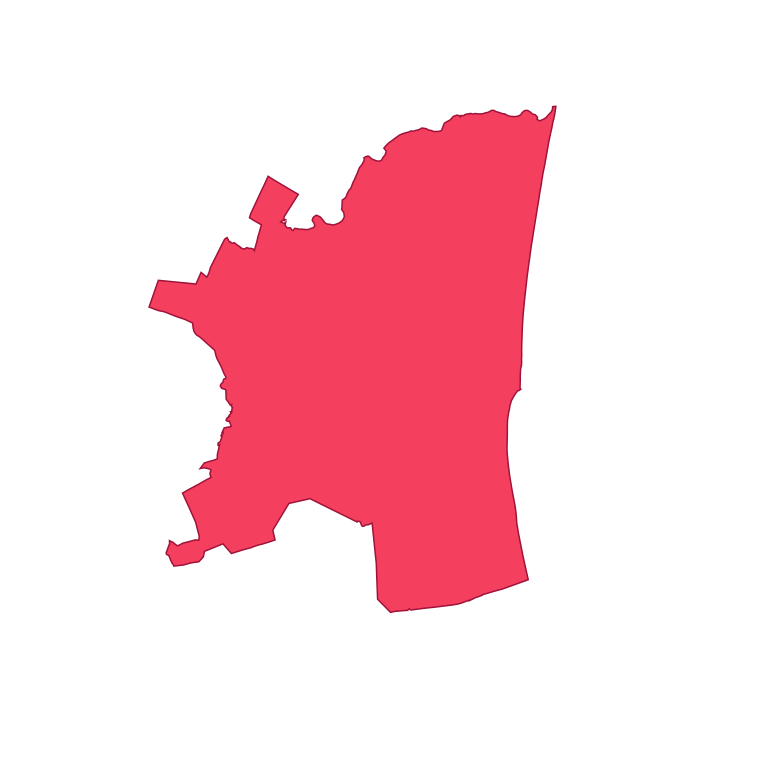 outline of Santiago Pinotepa Nacional, Oaxaca, Mexico, rotated 247°
{"feature_id": "50627088B36163788288008", "entity_name": "Santiago Pinotepa Nacional", "entity_type": "district", "adm_level": 2, "iso_a3": "MEX", "parent_name": "Mexico", "parent_adm1": "Oaxaca", "projection": "natural_earth1", "projection_center": [-98.073, 16.296], "detail": "fine", "context": "isolated", "style": "filled", "palette": "rose", "viewbox_px": 768, "rotation_deg": 247, "n_neighbors": 0, "source": "geoboundaries", "source_scale": "gbopen_adm2", "svg_char_len": 6123}
<svg xmlns="http://www.w3.org/2000/svg" viewBox="0 0 768 768"><g transform="rotate(247 384 384)"><path d="M171.2,300.8L170.6,304.4L170.6,304.6L167.9,313.1L166.4,317.2L167.2,319.4L166.1,319.9L165.4,320.6L161.9,333.2L158.5,344.4L154.0,360.2L152.7,365.5L152.1,369.5L151.8,377.4L151.2,377.4L151.5,383.2L151.7,383.3L151.1,391.3L151.6,391.5L150.7,399.9L149.7,408.0L149.0,412.7L147.5,440.3L171.3,444.7L193.0,449.2L204.2,451.9L212.0,454.6L219.3,456.7L237.9,460.8L250.7,463.9L261.3,466.9L272.0,470.3L276.3,471.9L287.8,477.1L300.0,482.4L303.1,483.9L309.1,487.6L311.9,489.7L314.8,491.4L318.9,494.8L322.9,499.9L323.7,501.2L324.7,503.0L325.7,504.1L325.2,505.6L325.3,505.7L325.7,507.7L325.6,507.9L325.7,508.0L326.8,507.6L328.4,508.2L334.6,511.1L337.5,512.3L342.2,514.5L344.7,515.8L347.4,517.8L350.2,519.2L353.4,520.4L357.0,522.2L360.2,523.4L367.8,526.8L383.4,534.1L393.5,539.2L406.8,546.4L427.1,557.8L438.3,564.4L443.0,567.3L445.5,568.7L454.8,574.3L486.5,594.2L492.1,597.8L500.1,602.7L506.6,607.0L509.3,608.5L515.9,612.7L522.8,617.5L541.7,629.8L548.7,634.6L554.1,638.5L558.7,641.5L560.3,642.7L561.3,643.6L562.8,644.5L564.9,646.1L567.4,647.7L572.4,650.7L572.7,650.1L573.4,647.6L570.9,646.3L569.1,644.2L567.0,639.4L565.8,636.9L565.8,636.2L565.4,635.0L565.5,633.1L565.3,631.6L565.7,629.7L567.9,628.3L569.3,629.4L570.3,629.4L572.8,628.4L572.9,628.2L574.2,626.5L575.4,625.7L576.8,625.1L578.1,624.4L579.7,623.1L580.5,621.3L580.7,620.0L580.2,618.2L579.4,616.5L578.8,615.7L578.3,614.4L578.3,611.3L579.2,608.4L580.6,605.7L581.2,604.8L581.9,603.6L582.8,602.9L585.0,600.8L585.3,600.9L586.6,598.6L588.8,596.3L591.0,593.5L592.9,592.1L593.8,590.2L593.9,589.6L593.5,587.8L593.5,585.1L593.9,584.0L594.2,580.6L594.6,579.3L595.9,576.0L597.4,573.6L597.7,571.2L599.3,569.4L599.4,568.7L599.3,568.4L599.6,567.8L599.5,567.5L599.9,566.7L600.2,565.7L600.0,565.4L600.4,563.7L600.3,563.4L600.1,563.1L600.0,562.6L600.2,562.2L600.1,561.7L600.7,560.5L600.5,560.0L600.9,559.3L601.1,559.2L600.2,558.5L601.4,558.1L602.8,556.7L603.1,555.6L603.2,552.3L601.3,548.3L600.7,542.4L600.2,541.1L594.8,535.9L594.9,534.6L595.4,532.5L596.2,530.3L597.2,528.2L599.3,526.1L599.7,525.2L600.5,524.0L601.6,523.4L602.9,522.1L604.5,519.5L604.9,518.3L604.6,517.5L604.5,515.0L604.8,514.0L604.7,513.5L605.0,512.5L605.4,509.2L606.2,508.0L606.3,508.0L606.4,506.8L606.3,505.8L606.5,503.8L606.7,502.9L607.1,499.2L607.1,495.2L606.8,494.4L606.1,491.1L605.9,490.2L605.0,486.7L604.2,482.9L602.4,478.4L601.1,476.0L598.3,476.9L596.8,476.7L595.8,475.6L594.8,475.0L592.8,471.4L591.4,469.8L590.9,468.5L590.9,467.3L591.6,465.4L592.7,463.8L594.9,461.8L595.2,461.1L599.6,459.0L600.2,457.6L599.9,457.5L600.3,456.6L600.3,455.6L600.0,453.9L599.8,454.0L598.0,453.3L596.9,452.3L595.7,450.7L595.0,450.3L594.6,449.2L593.6,447.8L593.3,446.9L592.7,445.9L591.0,444.3L590.1,443.2L589.2,442.6L586.9,440.0L583.8,436.8L581.6,434.2L577.1,429.9L576.3,427.8L573.5,424.4L571.3,422.4L570.3,420.7L569.6,417.4L562.6,414.1L561.5,413.2L557.1,413.9L553.4,412.8L551.4,410.5L550.5,408.9L549.7,405.4L550.0,400.1L551.0,398.1L551.6,397.3L552.0,396.9L552.8,395.3L553.2,394.9L553.4,394.2L554.7,393.1L556.3,392.4L557.3,392.3L558.5,391.9L559.0,391.8L563.0,390.4L565.0,388.5L565.8,387.5L565.4,385.0L564.6,383.4L563.4,382.6L562.9,381.9L559.0,382.4L557.1,382.2L556.2,381.7L555.6,380.0L555.5,379.1L555.6,378.3L555.9,377.3L555.7,376.1L555.7,375.4L555.9,374.4L556.6,372.9L556.7,372.3L557.1,371.8L557.7,370.3L558.6,369.2L559.0,367.6L562.2,362.6L560.9,360.3L561.2,359.4L564.2,359.0L565.6,356.0L566.9,355.3L569.4,355.2L571.3,356.7L570.7,354.8L572.6,353.3L573.4,352.2L574.0,353.8L574.3,355.2L573.2,356.2L573.8,357.5L574.6,356.3L576.7,357.1L580.3,362.2L592.0,379.2L607.8,367.5L617.1,360.8L620.5,358.5L613.7,351.1L610.3,347.2L592.7,327.7L589.6,325.1L587.0,327.0L586.4,327.3L578.5,333.3L577.9,332.9L570.5,327.0L569.7,326.2L565.6,323.2L557.4,316.8L559.3,316.4L560.8,314.6L561.7,312.5L563.1,311.1L562.9,308.3L563.3,307.3L564.1,306.3L565.1,305.9L565.6,305.0L566.8,305.0L568.6,303.6L572.6,301.4L572.7,299.7L573.8,298.3L574.7,298.3L575.4,297.2L580.1,296.7L579.6,293.9L558.9,269.6L554.8,266.4L554.3,265.7L553.2,264.7L551.6,262.7L558.2,259.2L549.5,250.0L567.6,216.8L546.6,197.8L539.9,204.8L536.4,209.9L526.8,219.7L521.4,225.8L515.0,231.6L512.2,230.9L510.1,230.1L509.0,230.1L508.0,229.8L506.3,229.7L503.8,230.1L501.9,230.9L499.8,232.5L496.0,234.4L481.1,241.3L475.0,240.3L472.6,240.2L465.2,240.8L461.7,240.9L456.4,240.8L451.7,241.2L450.9,240.4L451.2,239.3L451.2,238.8L450.8,238.0L448.5,236.4L448.1,234.9L447.4,233.6L446.5,232.8L445.4,232.4L444.3,233.0L443.4,232.9L440.6,236.2L431.8,232.8L429.7,233.2L428.7,233.6L424.9,234.2L424.9,235.2L424.5,235.4L424.5,235.6L424.1,235.2L422.8,234.8L421.8,235.1L421.7,235.3L419.2,233.5L418.1,233.3L418.5,231.8L417.1,231.8L416.9,232.0L415.6,229.1L414.7,229.2L414.8,228.1L413.9,227.7L414.2,226.6L413.5,225.6L413.0,225.3L412.6,224.5L412.0,224.5L411.1,225.1L410.1,226.6L410.2,227.0L404.8,226.9L404.7,225.7L405.5,222.9L405.5,222.1L405.9,220.3L406.1,219.8L402.6,216.0L402.4,217.1L401.2,216.2L401.1,215.2L400.1,213.7L399.3,214.2L399.3,214.5L395.4,211.2L395.0,210.7L394.6,209.2L394.6,208.4L393.0,207.4L392.2,207.4L392.3,208.9L384.3,203.1L380.3,201.3L380.3,198.8L380.4,197.1L381.0,193.2L381.5,187.7L378.0,181.7L377.3,185.4L374.4,189.6L373.0,190.9L372.6,191.1L372.1,191.0L371.8,190.8L370.8,189.5L368.8,188.5L365.6,188.3L365.2,182.5L364.2,174.4L363.2,163.3L362.3,155.9L343.6,156.4L341.9,156.4L330.4,156.6L315.9,154.4L312.6,152.4L314.2,149.5L315.0,143.8L315.1,143.0L316.1,136.6L315.7,132.3L315.8,130.7L317.9,129.3L321.1,127.7L321.5,127.1L323.6,125.3L320.3,124.1L320.4,123.8L314.9,118.6L313.7,117.5L312.9,117.3L312.0,117.3L310.3,118.9L305.6,118.8L301.8,118.9L299.7,119.5L298.5,119.4L295.7,128.9L294.9,135.3L293.9,139.9L292.7,144.1L295.4,150.1L300.1,153.4L299.8,173.3L287.6,177.3L286.4,189.5L285.2,198.4L285.3,200.4L284.7,206.5L284.2,209.5L283.6,215.1L283.0,222.8L292.9,224.5L311.2,249.8L307.4,271.0L267.5,305.3L268.0,306.0L267.4,307.3L266.6,308.0L265.9,308.4L263.6,308.1L261.9,308.3L261.3,308.7L261.0,309.8L261.4,312.5L260.6,314.2L260.6,318.7L221.9,306.8L188.4,294.0L171.2,300.8Z" fill="#f43f5e" stroke="#9f1239" stroke-width="1.5"/></g></svg>